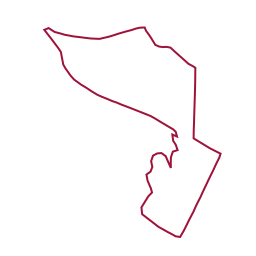 the district of Balneário Pinhal, Rio Grande do Sul, Brazil, rotated 7°
{"feature_id": "56859067B35823111888461", "entity_name": "Balneário Pinhal", "entity_type": "district", "adm_level": 2, "iso_a3": "BRA", "parent_name": "Brazil", "parent_adm1": "Rio Grande do Sul", "projection": "robinson", "projection_center": [-50.295, -30.225], "detail": "fine", "context": "isolated", "style": "outline", "palette": "rose", "viewbox_px": 256, "rotation_deg": 7, "n_neighbors": 0, "source": "geoboundaries", "source_scale": "gbopen_adm2", "svg_char_len": 1409}
<svg xmlns="http://www.w3.org/2000/svg" viewBox="0 0 256 256"><g transform="rotate(7 128 128)"><path d="M223.0,142.2L217.1,140.1L211.4,138.0L194.4,130.3L193.5,122.0L192.9,114.9L192.1,106.4L191.1,95.6L190.5,88.8L189.3,76.2L187.5,60.0L184.3,58.5L180.3,57.0L168.2,48.6L163.9,45.6L160.3,43.0L156.2,42.8L153.1,43.4L149.2,43.4L145.0,42.2L140.0,35.9L137.1,32.5L134.1,29.4L132.3,26.2L127.5,27.0L123.6,28.4L119.9,30.2L114.4,32.4L107.1,35.5L102.2,37.8L97.7,39.8L92.7,41.6L89.0,43.0L84.1,43.4L80.0,43.7L75.9,43.7L67.4,43.7L62.1,43.7L58.0,43.4L54.1,43.2L49.3,42.4L43.4,41.6L37.0,38.5L33.0,40.8L40.1,47.9L48.9,57.0L52.1,60.7L56.0,72.9L58.7,76.5L64.7,83.1L68.6,86.5L76.2,90.7L81.4,93.0L87.4,96.0L93.4,98.7L97.2,99.9L104.7,101.9L109.1,103.2L113.9,104.2L118.3,105.5L126.1,107.4L148.8,113.3L153.3,115.1L159.6,118.0L166.9,121.2L173.1,123.9L175.8,125.9L177.7,130.5L172.8,129.1L174.4,135.2L177.5,138.9L179.9,143.9L175.4,146.0L174.2,151.7L174.6,156.8L175.4,162.4L171.2,155.4L168.8,151.3L164.2,148.8L160.0,149.7L156.2,152.4L155.0,158.1L156.9,163.7L155.7,168.5L152.0,172.0L153.8,177.8L158.1,185.2L159.7,189.1L156.5,193.3L151.0,205.2L152.6,211.9L170.5,222.5L180.1,226.4L184.9,228.2L188.5,229.7L193.0,229.8L195.9,223.1L197.4,218.9L200.0,211.4L203.2,203.0L204.9,197.3L206.6,192.5L208.4,187.6L209.5,183.9L211.6,177.6L215.2,166.8L217.6,160.0L219.9,152.8L222.3,146.0L223.0,142.2Z" fill="none" stroke="#9f1239" stroke-width="2"/></g></svg>